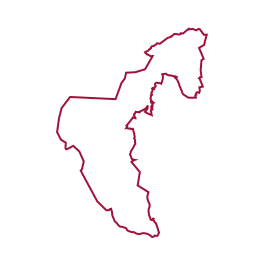 outline of San Ildefonso Villa Alta, Oaxaca, Mexico, rotated 186°
{"feature_id": "50627088B33272492236803", "entity_name": "San Ildefonso Villa Alta", "entity_type": "district", "adm_level": 2, "iso_a3": "MEX", "parent_name": "Mexico", "parent_adm1": "Oaxaca", "projection": "mercator", "projection_center": [-96.154, 17.373], "detail": "fine", "context": "isolated", "style": "outline", "palette": "rose", "viewbox_px": 256, "rotation_deg": 186, "n_neighbors": 0, "source": "geoboundaries", "source_scale": "gbopen_adm2", "svg_char_len": 5157}
<svg xmlns="http://www.w3.org/2000/svg" viewBox="0 0 256 256"><g transform="rotate(186 128 128)"><path d="M63.6,165.5L64.0,166.0L64.4,166.6L64.4,167.7L64.3,168.3L63.6,168.3L63.7,169.0L63.7,170.2L63.4,170.6L62.2,170.9L61.0,170.4L60.4,172.3L61.3,175.9L57.9,177.0L62.2,185.1L62.3,185.1L61.6,186.1L60.2,186.3L61.8,193.1L62.0,203.1L60.0,204.7L65.7,215.1L60.9,218.7L60.5,222.8L59.5,229.0L62.2,228.6L66.9,233.7L68.2,233.9L70.3,232.3L71.1,232.4L73.9,233.3L77.8,232.4L78.0,233.0L78.5,232.6L83.1,227.8L85.4,227.7L85.5,226.9L87.0,226.3L89.2,226.4L91.7,226.4L93.2,224.7L94.7,223.7L94.6,223.3L95.5,222.8L97.9,221.8L100.4,219.5L105.2,215.1L108.0,215.3L108.6,214.2L110.0,213.2L110.4,212.6L112.8,211.7L113.7,210.5L113.5,209.9L114.4,208.7L114.6,208.8L115.0,208.5L115.5,207.8L115.9,207.2L116.7,206.6L117.1,206.4L117.8,206.0L118.0,205.7L118.4,205.2L118.9,205.1L118.6,204.5L118.3,204.2L117.1,203.6L116.8,203.2L116.5,203.2L115.3,202.8L113.7,202.1L112.8,201.7L111.4,202.0L111.2,202.2L110.9,202.2L113.1,197.4L113.9,195.6L115.0,193.0L116.1,190.7L117.1,188.3L117.4,188.1L120.3,186.9L122.9,185.8L126.4,184.3L128.0,184.0L135.7,182.8L136.3,177.0L139.2,172.1L140.7,166.0L143.4,155.4L188.8,152.8L196.1,140.9L197.6,130.7L198.1,116.5L193.5,109.4L190.1,107.7L188.4,107.0L188.3,106.2L188.2,104.5L188.2,102.8L187.9,101.0L187.4,100.4L186.3,100.8L184.9,101.6L183.2,102.7L182.0,103.6L180.5,104.5L180.4,104.4L173.9,99.5L168.5,90.2L168.6,89.7L168.7,88.2L169.0,86.6L169.2,85.1L169.2,83.7L169.4,82.8L169.6,81.8L170.0,81.3L170.6,80.7L161.0,66.6L150.9,51.8L140.9,43.9L140.7,43.9L139.7,44.1L138.2,44.4L137.6,45.4L136.4,45.9L135.2,42.9L134.8,41.2L134.4,39.3L133.3,37.3L131.4,33.8L129.3,32.3L127.7,30.6L126.1,29.4L125.3,29.0L123.7,29.2L120.1,28.3L119.1,27.9L118.1,26.2L116.2,25.4L113.3,24.9L111.1,25.0L108.8,23.9L106.0,23.7L104.1,24.1L103.0,24.8L100.8,25.1L98.6,24.9L96.8,24.4L94.7,23.6L92.7,22.1L91.1,22.6L90.3,23.7L89.4,23.8L88.2,23.5L87.4,24.2L86.8,25.0L86.6,26.2L86.2,27.4L86.8,28.3L87.3,29.6L88.1,31.6L88.7,33.0L89.6,34.7L90.1,35.6L90.3,36.2L91.5,37.1L92.4,38.2L93.2,39.4L93.0,40.4L93.6,40.5L94.1,39.7L94.5,39.0L95.2,39.2L95.6,39.1L96.0,39.4L96.8,41.5L97.9,43.5L98.2,44.7L98.7,46.6L98.9,47.2L98.9,50.2L98.5,51.0L98.3,52.5L98.5,54.0L98.9,55.1L99.4,55.8L99.8,56.6L100.3,57.4L100.7,58.4L101.1,59.2L101.2,59.9L101.4,60.2L101.5,61.0L101.6,61.5L101.5,61.9L101.6,62.7L100.9,66.3L112.4,71.9L111.6,85.4L121.0,94.6L120.2,95.4L119.5,96.0L118.1,96.9L117.9,97.0L119.3,97.1L119.7,97.2L119.9,97.3L120.6,97.2L120.8,97.4L123.3,102.1L122.8,103.3L122.7,105.0L122.1,106.2L120.4,109.8L120.2,111.0L119.0,113.0L119.5,114.2L119.7,116.7L120.8,118.2L120.3,119.5L120.8,121.0L121.0,121.6L121.0,122.6L122.0,124.8L122.6,126.5L123.0,127.7L124.1,127.5L125.1,127.2L125.6,127.6L126.0,127.8L126.3,127.7L127.0,127.5L127.4,127.5L128.1,127.5L128.6,127.8L129.1,128.0L129.7,127.8L128.8,129.5L128.9,130.1L129.7,130.3L126.3,135.4L124.2,139.0L121.6,138.5L121.7,139.0L123.0,140.6L123.4,141.6L123.5,142.2L122.9,142.5L122.0,144.9L121.3,144.8L120.6,144.9L119.3,144.8L118.4,144.7L118.0,145.0L118.2,145.4L117.7,145.7L116.8,146.3L114.3,147.9L112.0,149.6L110.7,152.5L110.6,149.2L112.9,146.0L110.7,144.8L105.7,143.3L105.9,143.8L106.1,144.1L106.4,145.2L106.4,145.5L106.5,146.0L106.8,146.7L107.1,147.1L107.1,147.5L106.9,148.0L106.3,148.4L105.7,148.8L105.8,149.5L106.1,150.9L105.8,151.8L105.6,152.8L107.0,150.9L107.1,151.8L106.6,153.2L105.9,154.2L105.6,155.2L105.2,155.7L106.1,155.8L106.4,156.7L107.0,157.1L107.4,156.5L107.4,155.6L107.8,155.8L108.0,156.6L107.8,157.8L108.2,158.5L108.7,159.3L108.5,160.5L108.6,161.9L108.6,163.0L108.4,163.2L108.3,163.3L108.2,163.4L108.1,163.5L107.9,163.4L107.7,163.4L107.7,163.7L107.7,163.9L107.8,164.1L107.8,164.3L108.0,164.6L108.3,164.8L108.4,165.1L108.4,165.3L108.4,165.6L108.4,165.8L108.3,166.0L108.1,166.3L107.9,166.5L107.7,166.7L107.6,166.8L107.6,167.0L107.6,167.6L107.6,167.9L107.6,168.1L107.6,168.3L107.6,168.5L107.7,168.8L107.7,169.0L107.8,169.2L107.8,169.4L107.8,169.5L108.0,169.8L108.2,170.2L108.2,170.3L108.3,170.3L108.3,170.5L108.5,170.7L108.3,170.5L108.2,170.4L108.0,170.2L107.9,170.2L107.7,169.9L107.4,169.8L107.2,169.8L107.2,169.7L107.0,169.4L106.9,169.4L106.7,169.3L106.3,169.3L106.2,169.3L106.0,169.5L106.0,169.9L106.0,170.0L105.9,170.3L105.9,170.6L105.9,171.0L106.0,171.1L105.9,171.2L105.9,171.3L105.5,171.5L105.3,171.8L105.2,171.9L105.2,172.0L105.0,172.3L104.9,172.4L104.8,172.5L105.0,172.9L105.2,173.1L105.6,173.7L105.7,173.9L105.8,174.2L105.7,174.5L105.3,175.4L104.9,175.7L104.1,176.1L103.3,176.0L102.8,175.9L101.9,176.0L101.4,175.9L100.9,175.9L100.4,175.8L100.1,175.8L99.6,175.5L99.4,176.2L99.0,177.8L98.8,179.2L98.6,180.5L98.6,181.9L98.8,183.7L99.6,185.0L99.1,185.2L98.0,185.4L96.0,186.0L94.5,185.0L93.5,184.8L92.9,184.7L92.0,184.7L91.5,184.6L91.0,184.8L89.8,184.6L89.0,184.5L88.0,184.2L86.7,184.4L86.2,184.3L85.0,183.8L85.6,183.4L86.4,183.0L86.1,182.7L85.2,182.1L84.2,181.2L83.3,179.7L82.7,178.5L81.9,177.4L81.5,176.1L81.0,175.0L80.4,174.0L79.9,173.2L79.3,171.9L78.4,170.4L77.9,169.3L77.5,168.4L76.9,167.5L76.4,167.1L75.2,166.5L74.0,166.0L72.3,165.0L70.9,164.5L69.5,164.6L68.1,164.7L66.7,164.8L65.7,165.1L64.7,165.2L63.7,165.2L63.6,165.5Z" fill="none" stroke="#9f1239" stroke-width="2"/></g></svg>